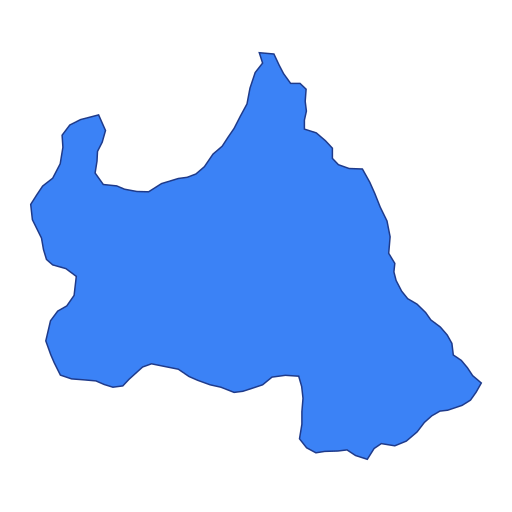 Ariranha, São Paulo, Brazil
{"feature_id": "56859067B77779450853304", "entity_name": "Ariranha", "entity_type": "district", "adm_level": 2, "iso_a3": "BRA", "parent_name": "Brazil", "parent_adm1": "São Paulo", "projection": "mercator", "projection_center": [-48.779, -21.178], "detail": "fine", "context": "isolated", "style": "filled", "palette": "blue", "viewbox_px": 512, "rotation_deg": 0, "n_neighbors": 0, "source": "geoboundaries", "source_scale": "gbopen_adm2", "svg_char_len": 1723}
<svg xmlns="http://www.w3.org/2000/svg" viewBox="0 0 512 512"><path d="M387.0,221.0L380.2,207.1L374.8,193.5L369.8,182.3L362.4,169.0L349.1,168.5L338.4,164.7L332.4,158.4L332.4,148.2L325.5,140.8L316.3,132.9L304.4,129.1L304.4,120.1L306.4,111.1L305.2,101.4L306.1,89.2L300.0,83.4L290.6,83.4L283.6,73.7L279.1,65.1L273.9,54.0L259.3,52.7L262.6,63.1L255.2,72.5L250.0,88.1L247.0,103.9L240.3,116.3L234.1,128.4L228.2,137.0L222.2,146.2L213.0,154.1L204.4,166.7L195.9,174.0L187.2,177.3L178.3,178.5L161.5,183.6L148.6,191.8L136.9,191.5L124.5,189.2L116.7,185.9L103.3,184.5L95.1,173.0L97.0,161.1L97.5,151.4L102.2,142.2L105.5,130.5L98.6,114.9L80.5,119.6L69.8,125.0L62.1,135.2L62.9,147.3L60.2,163.8L52.7,178.2L42.6,186.1L36.6,195.1L30.7,204.4L32.4,219.7L41.5,238.1L43.5,249.6L46.5,259.5L52.7,264.9L65.9,268.6L76.3,276.4L74.1,295.4L66.8,305.9L57.7,311.1L50.5,320.8L45.8,340.9L50.8,354.8L54.2,362.7L60.4,375.1L71.6,378.9L83.5,379.8L95.9,380.9L104.2,384.5L112.9,387.2L122.8,385.9L129.1,379.2L142.6,367.0L151.5,363.8L161.8,365.9L178.3,369.2L189.0,376.5L197.7,380.3L210.1,384.8L220.9,387.2L234.1,392.4L242.8,391.3L252.7,388.1L262.6,384.8L272.0,377.1L285.4,375.3L298.7,376.2L301.7,386.6L303.0,398.3L301.9,411.6L301.9,424.2L299.5,438.8L306.6,447.8L315.9,452.8L324.7,451.4L337.9,451.0L347.0,449.9L355.5,455.5L367.3,459.3L374.1,448.5L381.3,443.6L394.8,445.8L406.3,441.1L417.1,431.9L424.4,422.4L431.8,415.8L439.9,411.1L447.7,410.2L462.2,405.3L470.5,400.1L476.1,392.2L481.3,383.0L472.6,375.6L467.4,367.7L461.3,360.4L453.3,355.0L451.9,343.4L447.2,335.0L440.4,327.1L430.8,319.9L425.6,312.5L417.1,304.2L407.7,298.7L401.6,291.1L396.1,280.5L393.9,271.9L394.8,263.4L388.7,253.3L390.1,236.8L387.0,221.0Z" fill="#3b82f6" stroke="#1e3a8a" stroke-width="1.5"/></svg>